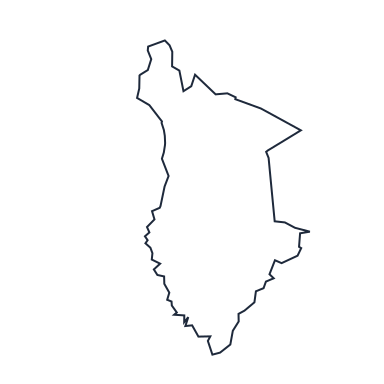 outline of Richland, South Carolina, United States of America, rotated 38°
{"feature_id": "52423323B12098340912267", "entity_name": "Richland", "entity_type": "district", "adm_level": 2, "iso_a3": "USA", "parent_name": "United States of America", "parent_adm1": "South Carolina", "projection": "equal_earth", "projection_center": [-80.92, 34.006], "detail": "fine", "context": "isolated", "style": "outline", "palette": "slate", "viewbox_px": 384, "rotation_deg": 38, "n_neighbors": 0, "source": "geoboundaries", "source_scale": "gbopen_adm2", "svg_char_len": 1293}
<svg xmlns="http://www.w3.org/2000/svg" viewBox="0 0 384 384"><g transform="rotate(38 192 192)"><path d="M239.8,76.4L214.1,80.6L194.8,83.8L169.0,92.2L168.1,90.5L159.1,92.5L150.5,100.5L122.2,97.7L126.3,109.1L123.2,117.8L107.3,104.1L99.0,105.3L90.1,93.6L84.0,90.2L77.3,89.3L67.9,104.4L70.0,107.7L78.1,112.4L82.1,123.1L79.0,131.5L78.9,132.5L86.7,142.9L90.8,151.7L104.9,149.8L120.5,153.8L124.9,154.9L125.5,156.3L131.7,160.5L136.0,164.5L140.7,170.0L141.9,171.8L145.5,178.3L147.8,184.3L163.7,193.8L167.0,204.5L175.8,222.4L176.3,224.3L172.3,231.7L179.3,236.7L178.1,247.3L183.3,250.1L182.2,255.9L186.7,257.3L186.9,261.1L193.5,261.5L198.5,264.6L201.9,270.0L211.0,268.1L209.6,276.5L215.8,278.7L222.0,275.7L226.7,281.4L236.1,285.3L238.8,292.2L243.3,290.9L246.0,293.9L254.2,296.3L253.5,299.7L261.9,294.0L266.0,299.4L266.1,292.9L269.3,301.7L274.2,297.0L286.1,302.0L295.3,294.5L296.2,299.6L308.2,307.6L313.0,301.3L316.1,288.6L309.6,276.2L308.5,265.3L303.7,259.4L306.4,253.2L309.1,240.5L303.5,230.9L307.6,223.7L305.4,217.1L309.5,209.7L303.7,209.1L299.4,194.7L306.4,192.9L314.4,177.2L312.6,169.0L310.1,169.3L302.6,158.0L309.3,150.7L295.2,156.8L283.9,158.8L275.2,164.2L256.5,144.5L241.8,129.0L231.4,118.0L225.7,114.7L226.2,112.5L234.9,89.5L239.8,76.4Z" fill="none" stroke="#1e293b" stroke-width="2"/></g></svg>